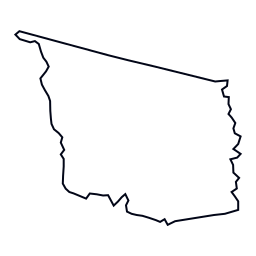 the district of Salto Veloso, Santa Catarina, Brazil
{"feature_id": "56859067B73649711727745", "entity_name": "Salto Veloso", "entity_type": "district", "adm_level": 2, "iso_a3": "BRA", "parent_name": "Brazil", "parent_adm1": "Santa Catarina", "projection": "robinson", "projection_center": [-51.433, -26.893], "detail": "fine", "context": "isolated", "style": "outline", "palette": "ink", "viewbox_px": 256, "rotation_deg": 0, "n_neighbors": 0, "source": "geoboundaries", "source_scale": "gbopen_adm2", "svg_char_len": 1154}
<svg xmlns="http://www.w3.org/2000/svg" viewBox="0 0 256 256"><path d="M15.4,34.6L19.7,39.1L25.3,40.8L30.2,42.3L34.9,41.1L38.8,44.0L41.0,51.6L43.3,57.7L46.4,61.7L48.7,66.6L46.0,71.4L40.4,78.4L41.9,84.6L44.8,90.0L48.4,96.0L50.1,101.0L50.3,110.9L50.9,118.6L51.5,123.9L54.0,129.3L58.6,133.0L62.3,137.3L60.8,142.6L64.2,149.9L60.8,154.4L63.7,158.9L63.7,166.5L63.1,175.7L62.8,183.6L65.7,188.7L69.3,192.0L73.6,193.4L80.6,196.3L86.1,198.6L89.8,193.5L96.8,194.3L103.1,195.5L108.1,195.2L111.1,200.8L113.7,205.6L118.0,201.5L121.7,197.2L125.3,194.1L128.4,200.5L126.0,205.3L127.0,211.6L131.6,213.8L136.7,215.0L142.4,215.8L149.0,217.8L155.8,220.1L160.1,221.9L164.6,219.2L167.7,224.8L175.1,221.2L214.0,215.0L224.9,213.8L238.2,209.9L238.2,201.3L234.8,196.3L231.6,192.0L236.8,188.5L235.9,181.9L239.1,177.9L233.4,172.6L233.1,164.9L230.4,159.3L237.2,157.6L240.6,153.9L233.4,149.0L238.2,144.0L240.6,136.4L234.8,133.3L233.4,128.4L235.3,123.0L231.7,117.6L228.5,114.0L230.9,109.2L228.5,104.1L228.8,97.1L224.0,96.5L222.0,89.5L227.0,86.0L227.6,80.4L220.6,81.0L215.2,81.5L155.0,66.6L128.4,60.3L108.1,55.2L19.4,31.2L15.4,34.6Z" fill="none" stroke="#020617" stroke-width="2"/></svg>